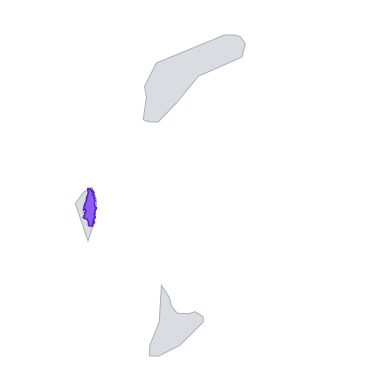 location of Fomboni, Moûhîlî, Comoros, rotated 63°
{"feature_id": "10938185B23268545061954", "entity_name": "Fomboni", "entity_type": "district", "adm_level": 2, "iso_a3": "COM", "parent_name": "Comoros", "parent_adm1": "Moûhîlî", "projection": "robinson", "projection_center": [43.719, -12.295], "detail": "fine", "context": "in_parent", "style": "filled", "palette": "violet", "viewbox_px": 384, "rotation_deg": 63, "n_neighbors": 0, "source": "geoboundaries", "source_scale": "gbopen_adm2", "svg_char_len": 4192}
<svg xmlns="http://www.w3.org/2000/svg" viewBox="0 0 384 384"><g transform="rotate(63 192 192)"><path d="M109.2,199.6L105.3,202.6L86.9,189.5L76.4,186.4L60.9,165.2L66.8,91.7L71.8,82.3L75.5,78.5L84.1,77.1L94.4,86.3L91.7,133.6L105.5,165.4L114.3,190.6L109.2,199.6ZM312.9,241.0L323.1,272.7L323.0,296.6L318.7,304.2L309.6,299.3L293.0,280.2L261.3,261.6L275.8,260.1L284.3,262.0L293.3,260.3L299.0,249.9L300.1,243.6L308.0,238.7L312.9,241.0ZM174.3,292.8L188.4,306.9L149.1,301.1L142.9,288.4L142.6,279.0L157.3,281.1L174.3,292.8Z" fill="#d9dde1" stroke="#a8b0b8" stroke-width="1"/><path d="M177.2,296.2L176.9,296.2L176.7,296.2L176.5,295.9L176.4,295.7L176.5,295.7L176.4,295.6L176.3,295.4L176.1,295.3L176.1,295.1L176.0,295.3L175.9,295.3L175.7,295.2L175.6,294.9L175.4,294.7L175.4,294.3L175.4,294.2L175.2,294.1L175.0,293.9L174.9,293.9L175.0,293.8L174.9,293.8L174.9,293.7L174.8,293.8L174.7,293.8L174.7,293.6L174.6,293.2L174.5,293.3L174.4,293.4L174.4,293.2L174.2,293.2L174.1,292.9L174.0,293.0L173.9,293.0L173.9,292.9L173.9,293.0L173.6,293.3L173.3,293.1L172.9,292.9L172.6,292.3L172.4,292.3L172.3,292.5L172.2,292.6L172.0,292.4L171.8,292.5L171.7,292.5L171.5,292.0L171.2,291.3L171.2,291.2L171.3,290.8L171.2,290.7L170.9,290.5L170.9,290.3L170.8,290.2L170.7,290.2L170.8,289.9L170.7,289.8L170.4,289.6L170.1,289.7L169.9,289.6L169.7,289.6L169.8,289.4L169.7,289.4L169.3,289.5L169.2,289.5L168.9,289.6L168.7,289.6L168.4,289.5L168.3,289.4L168.3,289.5L168.2,289.5L167.9,289.6L167.7,289.6L167.7,289.4L167.6,289.2L167.4,289.3L167.2,289.2L167.1,288.9L167.1,288.7L166.7,288.2L166.4,288.1L166.2,287.9L165.9,287.7L165.4,287.4L164.8,286.9L164.1,286.5L164.0,286.2L163.9,285.9L164.0,285.8L164.0,285.7L163.9,285.5L163.8,285.3L163.7,285.1L163.5,284.9L163.4,284.8L163.2,284.5L163.0,284.4L163.0,284.5L162.8,284.6L162.5,284.6L162.4,284.8L162.1,284.8L161.9,284.8L161.5,284.9L161.4,285.0L161.2,285.0L161.2,284.9L160.9,284.8L160.6,284.9L160.1,284.8L160.0,284.6L159.9,284.6L159.7,284.6L159.3,284.6L159.1,284.6L158.7,284.3L158.3,284.2L158.2,284.1L157.8,283.9L157.4,283.8L157.2,283.6L156.4,282.8L156.0,282.6L155.8,282.4L155.7,282.4L155.5,282.2L155.4,282.2L155.3,282.3L155.2,282.3L154.8,282.3L154.5,282.2L154.3,282.2L153.9,282.1L153.5,281.9L153.5,281.7L153.4,281.8L152.9,281.8L152.6,281.7L152.4,281.6L152.2,281.6L151.9,281.6L151.7,281.5L151.5,281.2L151.3,281.1L151.1,280.8L151.0,281.0L150.9,280.9L150.8,281.0L150.3,281.2L150.0,281.4L149.6,281.4L149.3,281.4L149.2,281.3L149.0,281.6L148.9,281.6L148.5,281.3L148.3,281.1L148.5,280.9L148.5,280.7L148.6,280.3L148.4,280.3L148.2,280.2L148.3,279.9L148.2,280.0L148.2,279.9L148.1,279.7L147.9,279.7L147.7,279.6L147.5,279.9L147.4,280.2L147.2,280.4L146.9,280.4L146.8,280.2L146.6,280.0L146.6,279.9L146.4,279.8L146.2,279.8L146.0,280.1L145.9,280.3L145.7,280.3L145.4,280.3L145.4,280.7L145.2,280.6L145.3,280.8L145.3,281.0L145.0,281.4L144.7,281.6L144.4,281.4L144.3,281.5L144.1,281.4L143.8,281.4L143.6,281.4L143.4,281.4L143.3,281.5L143.2,281.5L143.0,281.3L143.0,281.2L143.0,281.4L142.8,281.5L142.7,281.3L142.6,281.5L142.4,281.8L142.4,282.1L142.2,282.3L142.0,282.5L141.9,282.6L141.7,282.7L141.6,282.8L141.6,283.0L141.7,283.4L143.1,284.2L144.2,284.3L145.5,284.7L145.9,285.0L146.1,285.3L146.9,285.9L147.0,286.1L147.4,286.4L147.5,286.5L148.0,287.1L148.1,287.3L148.2,287.6L148.5,287.8L149.0,288.0L149.1,288.3L149.2,288.6L149.7,288.7L149.8,288.8L150.1,288.9L150.5,289.3L150.7,289.5L150.9,289.5L151.0,289.6L151.6,290.2L151.8,290.2L152.1,290.2L152.3,290.4L152.5,290.6L152.6,290.9L152.9,291.3L153.0,291.6L153.5,292.2L154.0,292.5L154.0,293.0L154.3,293.0L154.6,293.1L154.6,293.3L154.7,293.5L154.8,293.7L155.0,293.8L155.5,294.2L155.6,294.5L156.1,294.9L156.6,295.4L156.9,295.5L157.4,295.7L157.7,295.7L157.9,295.8L158.0,296.3L158.1,296.5L158.2,296.8L158.4,296.8L158.6,296.8L159.0,296.9L159.0,296.7L158.5,296.5L158.4,296.2L158.5,295.8L158.6,295.3L158.7,294.9L158.9,294.8L159.1,294.8L159.4,295.1L159.6,295.3L159.9,295.3L160.7,295.3L161.0,295.0L161.3,295.1L161.6,295.7L161.6,297.3L161.8,297.2L162.2,297.1L162.4,297.2L163.0,297.5L163.8,298.0L163.8,298.4L163.9,298.9L164.0,299.0L164.6,299.4L165.1,300.3L165.4,300.5L169.2,297.8L172.4,298.0L173.5,299.0L175.4,299.1L177.2,296.2Z" fill="#8b5cf6" stroke="#5b21b6" stroke-width="1.5"/></g></svg>